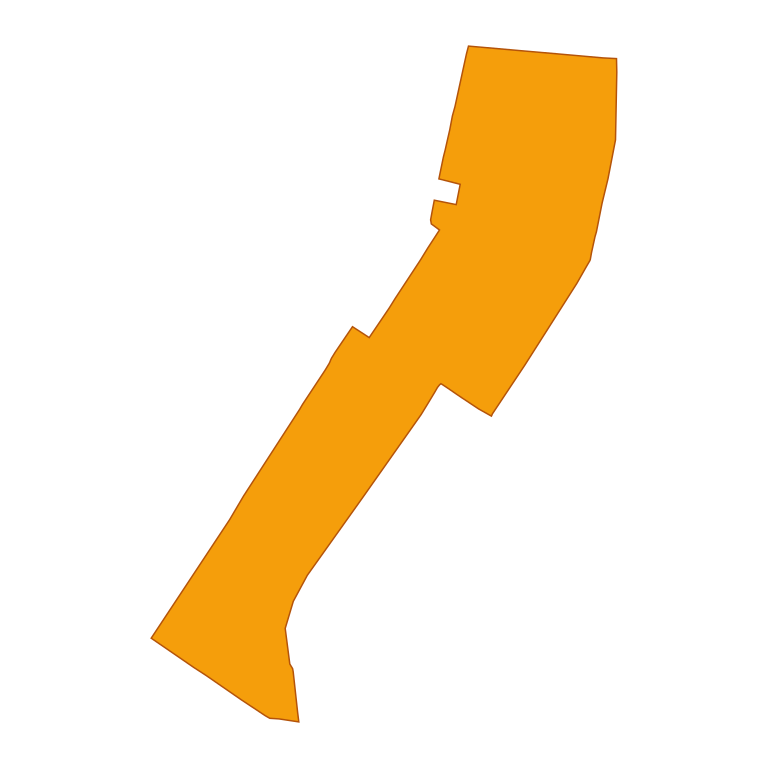 the district of Al-Arab, Bur Sa`id, Egypt
{"feature_id": "37247803B56705679670206", "entity_name": "Al-Arab", "entity_type": "district", "adm_level": 2, "iso_a3": "EGY", "parent_name": "Egypt", "parent_adm1": "Bur Sa`id", "projection": "albers", "projection_center": [32.296, 31.262], "detail": "fine", "context": "isolated", "style": "filled", "palette": "amber", "viewbox_px": 768, "rotation_deg": 0, "n_neighbors": 0, "source": "geoboundaries", "source_scale": "gbopen_adm2", "svg_char_len": 1167}
<svg xmlns="http://www.w3.org/2000/svg" viewBox="0 0 768 768"><path d="M616.5,58.6L602.9,57.9L566.8,54.7L558.9,54.0L519.7,50.6L468.5,46.1L466.5,53.7L455.0,106.5L452.4,115.9L449.8,129.6L447.1,141.4L445.2,149.9L443.4,157.0L440.5,171.0L438.9,178.9L460.2,184.3L456.2,204.6L434.3,200.2L431.8,213.3L430.6,219.9L431.0,221.9L431.3,223.9L439.5,230.0L427.8,248.0L420.3,260.2L395.4,298.1L389.1,308.2L369.2,337.6L352.5,326.7L335.2,352.2L331.5,358.2L330.4,360.6L330.3,361.1L329.1,363.6L325.1,370.2L302.8,404.0L301.3,406.5L299.8,409.1L243.5,496.1L229.6,519.7L151.2,638.2L193.7,667.4L205.7,675.2L241.3,699.8L265.1,715.6L267.5,717.0L269.8,718.3L279.0,718.9L298.8,721.9L297.6,712.2L293.2,671.9L292.9,670.2L292.6,668.6L289.8,664.0L285.2,628.4L293.3,601.3L307.3,575.3L362.5,497.8L421.1,414.6L427.3,404.5L434.5,392.6L437.5,387.4L439.5,384.9L440.9,383.7L442.1,384.4L446.8,387.5L457.0,394.5L462.6,398.3L478.9,409.1L491.4,416.1L491.9,415.1L492.3,414.0L524.9,365.0L576.9,283.3L586.5,266.4L589.9,260.6L590.1,260.0L590.3,259.5L591.5,252.7L595.0,236.7L595.7,234.3L596.4,231.9L602.1,203.1L608.0,178.7L615.5,139.9L616.8,72.2L616.5,58.6Z" fill="#f59e0b" stroke="#b45309" stroke-width="1.5"/></svg>